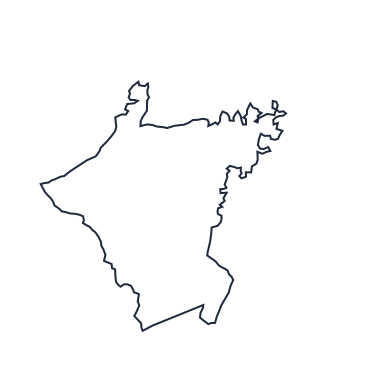 outline of Vitorino, Paraná, Brazil, rotated 56°
{"feature_id": "56859067B75981807507480", "entity_name": "Vitorino", "entity_type": "district", "adm_level": 2, "iso_a3": "BRA", "parent_name": "Brazil", "parent_adm1": "Paraná", "projection": "equal_earth", "projection_center": [-52.818, -26.255], "detail": "fine", "context": "isolated", "style": "outline", "palette": "slate", "viewbox_px": 384, "rotation_deg": 56, "n_neighbors": 0, "source": "geoboundaries", "source_scale": "gbopen_adm2", "svg_char_len": 3006}
<svg xmlns="http://www.w3.org/2000/svg" viewBox="0 0 384 384"><g transform="rotate(56 192 192)"><path d="M176.1,71.2L174.4,75.0L170.7,75.9L172.4,78.4L174.3,80.7L169.3,86.0L168.2,95.9L165.7,95.2L165.4,90.2L162.7,91.8L160.1,91.3L156.1,94.2L151.2,94.2L154.8,100.5L158.2,103.0L159.0,107.8L161.6,106.4L166.2,109.4L164.6,112.0L161.0,111.1L156.1,109.1L150.6,108.7L152.1,113.3L153.5,116.1L156.3,117.5L153.7,120.9L150.4,119.0L146.3,119.1L142.4,121.6L144.9,126.1L148.8,129.1L150.3,132.9L147.4,133.7L147.0,138.3L146.4,141.6L143.9,139.3L140.8,138.7L137.4,142.0L135.2,147.2L132.8,151.0L132.8,155.9L131.8,160.8L130.3,163.7L127.3,169.6L125.0,177.0L122.4,179.3L118.1,184.5L114.1,187.5L110.7,191.8L108.6,197.9L104.6,194.9L102.6,191.8L99.4,184.0L94.8,180.7L91.3,178.3L89.4,174.6L86.5,174.4L82.5,172.0L80.7,169.6L77.3,167.9L77.8,172.0L73.9,176.1L70.6,174.8L71.1,182.1L73.1,187.8L75.7,188.3L78.1,191.6L81.2,191.6L83.9,187.8L86.1,186.0L86.1,190.4L82.8,196.6L86.1,201.3L89.2,199.6L90.8,203.5L88.3,207.0L87.2,213.9L91.1,216.0L95.4,218.1L98.5,221.6L100.7,227.7L102.4,233.7L104.2,242.7L106.4,245.9L108.6,251.8L106.9,261.5L106.7,281.8L107.3,289.0L105.7,292.7L104.8,298.6L103.9,301.8L103.9,305.6L102.0,309.6L100.8,313.0L109.4,313.9L113.5,313.5L118.6,312.5L122.5,312.6L126.4,313.5L129.4,312.3L132.4,311.2L135.1,310.9L137.6,308.3L141.6,305.1L144.7,301.1L148.1,297.9L151.2,295.9L155.0,297.4L156.7,299.8L160.6,298.0L163.9,296.2L167.6,295.9L171.5,294.6L177.0,294.6L182.2,295.3L186.2,297.3L189.8,297.5L195.7,298.9L199.9,303.5L206.8,298.9L210.4,300.9L213.2,299.0L218.6,302.4L223.9,305.2L227.6,305.1L230.5,304.2L230.6,299.8L232.4,297.2L235.7,295.0L240.2,295.5L242.9,296.2L244.9,294.4L247.2,293.2L252.2,298.1L256.5,299.1L260.4,305.1L262.5,309.2L272.4,307.6L276.3,309.8L279.5,310.5L280.7,299.3L292.0,245.8L294.3,247.9L296.9,252.4L300.5,255.6L304.0,254.6L310.6,252.4L311.4,249.2L313.4,246.1L309.0,240.9L306.3,236.7L302.6,231.5L299.5,225.3L297.9,221.9L296.0,217.8L293.9,215.5L291.3,212.4L288.0,207.0L284.4,206.6L281.1,207.3L276.9,206.4L274.3,207.5L271.6,209.1L268.2,210.7L262.5,211.3L253.1,214.9L250.2,212.2L243.2,204.6L235.4,197.8L232.4,195.6L234.4,189.6L233.0,185.0L230.9,182.6L228.1,180.8L224.8,182.8L222.4,181.7L220.1,179.5L221.2,175.3L218.1,176.1L217.7,169.9L214.7,169.4L212.0,163.7L208.9,168.9L205.4,167.0L207.0,164.5L207.8,161.1L204.1,160.7L199.5,154.4L196.5,153.0L195.4,149.0L192.1,150.2L191.5,146.1L195.0,142.9L197.7,141.1L199.1,137.8L201.6,139.8L204.3,140.5L205.3,143.8L208.4,143.3L209.5,138.6L205.8,136.4L208.8,132.0L204.2,127.9L204.5,122.8L202.1,119.6L197.9,116.9L195.2,115.3L199.6,112.3L200.4,107.7L201.8,104.1L197.3,103.7L196.5,108.6L194.1,111.3L189.9,111.1L185.7,107.1L182.2,102.3L186.0,100.5L189.0,95.8L192.2,96.8L195.1,94.0L196.0,90.9L193.9,87.6L191.8,82.8L186.9,86.7L182.8,82.4L181.7,86.6L177.7,84.3L177.1,80.5L177.9,77.0L179.7,73.6L179.4,70.1L176.1,71.2ZM168.2,95.9L171.0,98.7L168.6,100.4L168.2,95.9ZM170.7,75.9L168.2,72.5L164.3,71.7L161.7,74.1L167.3,78.3L170.7,75.9Z" fill="none" stroke="#1e293b" stroke-width="2"/></g></svg>